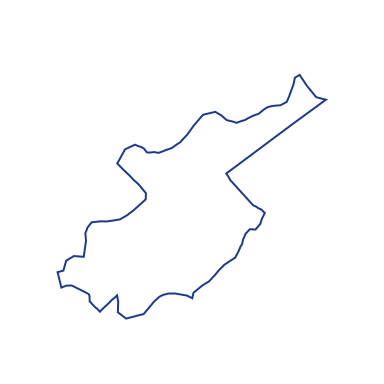 Ogba/Egbema/Ndoni, Rivers, Nigeria (Natural Earth projection), rotated 46°
{"feature_id": "59680162B28887917480980", "entity_name": "Ogba/Egbema/Ndoni", "entity_type": "district", "adm_level": 2, "iso_a3": "NGA", "parent_name": "Nigeria", "parent_adm1": "Rivers", "projection": "natural_earth1", "projection_center": [6.63, 5.434], "detail": "fine", "context": "isolated", "style": "outline", "palette": "blue", "viewbox_px": 384, "rotation_deg": 46, "n_neighbors": 0, "source": "geoboundaries", "source_scale": "gbopen_adm2", "svg_char_len": 1895}
<svg xmlns="http://www.w3.org/2000/svg" viewBox="0 0 384 384"><g transform="rotate(46 192 192)"><path d="M227.0,328.9L237.3,327.3L242.3,318.4L246.2,311.5L244.5,295.6L244.5,294.3L244.7,288.5L245.3,286.1L246.3,283.6L248.6,279.6L253.1,274.8L262.9,267.6L268.6,265.6L265.5,260.9L266.5,248.8L268.1,242.1L267.7,233.6L267.0,227.2L266.8,219.4L268.1,212.1L269.2,206.6L267.2,200.2L264.8,194.6L264.2,192.0L261.9,188.7L260.1,184.5L259.2,182.3L259.0,176.2L263.1,172.4L262.4,165.1L259.7,160.1L257.7,154.2L256.4,154.3L255.2,154.3L253.4,154.2L251.5,154.7L250.0,155.5L247.6,155.9L246.2,156.4L243.8,157.3L241.9,157.2L209.9,156.2L206.0,155.1L202.5,154.5L205.3,132.8L209.2,102.2L209.5,99.5L213.0,72.3L217.0,43.4L218.6,31.6L210.1,36.8L195.5,35.6L182.5,33.2L181.3,38.6L184.9,44.0L185.2,44.4L186.2,46.5L188.1,50.4L190.8,56.0L193.0,61.3L191.0,68.2L188.5,71.2L185.8,74.6L183.5,78.6L182.6,83.1L182.0,89.8L180.1,93.9L179.4,95.6L177.9,100.4L177.0,103.9L174.9,108.0L173.2,111.9L170.2,113.4L164.6,117.0L163.3,117.2L157.4,117.7L150.5,119.6L144.1,130.4L144.2,131.7L145.4,144.3L147.4,155.5L147.8,163.9L148.1,165.6L147.3,169.5L146.3,176.1L144.7,179.5L140.7,188.8L137.0,191.5L134.2,195.1L132.2,196.9L130.7,196.8L127.3,196.4L124.3,197.3L121.7,198.8L118.4,200.1L114.8,210.4L119.6,226.0L127.8,225.9L137.4,225.5L142.9,225.6L149.1,225.1L156.0,225.6L160.9,226.0L165.1,230.4L165.0,236.2L164.9,238.1L164.6,246.1L163.7,254.5L161.6,262.9L157.5,268.9L153.7,274.1L149.7,278.0L144.1,285.2L145.0,291.9L147.7,297.5L153.1,301.8L153.3,301.9L163.4,314.9L156.0,321.5L154.0,330.2L159.2,339.1L156.3,344.4L163.2,348.4L170.0,352.4L172.1,347.4L175.8,343.4L193.6,337.2L195.5,337.9L199.8,341.7L200.8,341.5L203.2,341.7L207.7,341.7L208.8,341.6L209.6,341.3L214.1,341.4L214.0,340.7L214.0,339.0L214.0,333.3L214.1,332.7L214.1,327.4L214.0,326.8L214.0,323.8L214.3,321.3L214.3,317.7L219.8,321.4L227.0,328.9Z" fill="none" stroke="#1e3a8a" stroke-width="2"/></g></svg>